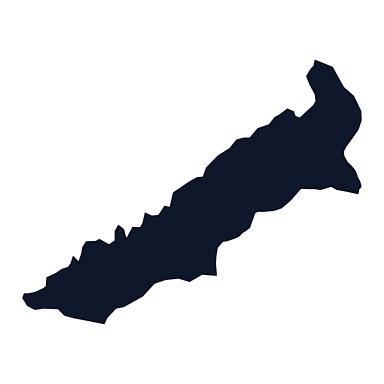 Beawor, Sinoe, Liberia (Robinson projection)
{"feature_id": "62588387B88645489379872", "entity_name": "Beawor", "entity_type": "district", "adm_level": 2, "iso_a3": "LBR", "parent_name": "Liberia", "parent_adm1": "Sinoe", "projection": "robinson", "projection_center": [-9.28, 5.601], "detail": "fine", "context": "isolated", "style": "filled", "palette": "ink", "viewbox_px": 384, "rotation_deg": 0, "n_neighbors": 0, "source": "geoboundaries", "source_scale": "gbopen_adm2", "svg_char_len": 2068}
<svg xmlns="http://www.w3.org/2000/svg" viewBox="0 0 384 384"><path d="M315.3,60.6L314.4,64.0L315.0,65.0L310.6,70.0L308.5,73.5L306.9,76.2L310.0,84.0L315.5,94.4L316.3,101.2L313.7,105.8L307.5,111.3L300.0,118.4L294.9,116.5L293.4,111.9L287.4,109.3L280.6,114.5L274.9,117.8L269.4,124.9L258.0,128.8L253.6,134.0L250.0,138.3L243.7,138.3L236.8,140.2L231.8,146.4L230.0,148.7L218.5,155.8L206.5,168.2L203.4,177.3L197.1,177.9L190.5,181.5L173.7,192.9L170.2,207.8L164.8,206.5L161.7,211.2L158.8,215.6L151.7,216.3L145.4,213.4L143.1,223.5L140.2,228.0L134.3,227.7L132.8,227.7L127.7,237.4L125.7,238.7L123.4,229.6L118.5,225.7L115.4,231.3L115.4,235.4L115.4,240.7L109.1,245.2L99.3,239.7L95.9,241.7L86.5,242.0L83.1,247.2L82.2,252.3L81.9,253.7L78.8,262.8L73.8,257.4L73.3,257.0L71.3,263.5L68.5,267.4L63.1,269.3L62.5,269.3L56.8,273.2L56.6,273.4L47.1,277.8L46.5,286.6L43.6,288.8L35.1,292.7L28.8,294.0L24.5,294.1L23.0,297.9L27.6,305.3L35.0,309.2L43.0,307.9L58.4,308.5L59.7,309.9L64.6,315.0L66.0,315.4L73.8,317.5L89.4,320.5L104.0,323.4L106.8,317.5L115.9,307.8L123.4,306.5L134.5,300.3L142.2,296.1L154.1,283.1L165.5,279.3L178.6,277.9L183.9,279.5L189.5,281.2L202.0,274.0L216.1,275.1L216.1,274.2L215.2,263.5L215.6,256.7L217.1,247.4L222.7,241.0L226.2,240.7L227.5,240.3L235.0,237.8L239.0,235.8L242.1,232.5L244.7,231.0L249.4,227.4L254.5,213.1L255.8,212.1L256.6,211.6L257.2,211.1L264.0,211.1L271.7,210.4L274.2,210.1L278.6,208.6L280.1,208.1L281.2,207.7L287.1,202.9L289.3,200.9L290.3,200.0L300.7,188.1L312.6,188.4L316.3,188.4L316.8,188.9L320.5,189.2L330.7,186.3L331.7,186.2L333.8,187.4L336.6,189.1L346.7,191.0L348.7,191.4L353.8,192.5L356.8,193.2L357.7,193.4L358.0,192.7L358.1,191.9L358.2,191.1L358.4,189.3L360.5,187.2L360.6,185.2L360.4,184.5L359.4,181.4L357.3,177.5L357.1,177.2L356.2,174.1L356.1,173.9L355.0,171.1L353.1,168.5L350.6,165.8L347.1,162.4L345.9,160.2L344.2,157.3L343.4,155.0L343.2,151.7L343.4,150.8L345.5,146.8L347.6,143.8L357.9,129.4L358.0,129.2L361.0,120.0L360.8,116.5L360.6,111.3L353.4,96.4L343.3,87.5L342.9,86.7L332.2,67.4L315.3,60.6Z" fill="#0f172a" stroke="#020617" stroke-width="1.5"/></svg>